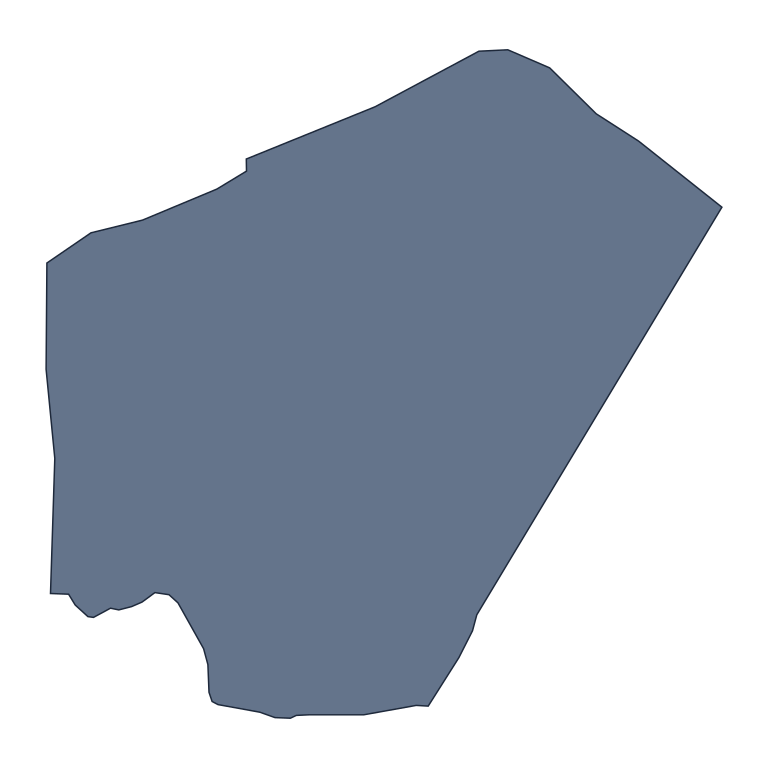 Ali Sabeh, Ali Sabieh, Djibouti (orthographic projection)
{"feature_id": "41766387B65421474667097", "entity_name": "Ali Sabeh", "entity_type": "district", "adm_level": 2, "iso_a3": "DJI", "parent_name": "Djibouti", "parent_adm1": "Ali Sabieh", "projection": "orthographic", "projection_center": [42.832, 11.234], "detail": "fine", "context": "isolated", "style": "filled", "palette": "slate", "viewbox_px": 768, "rotation_deg": 0, "n_neighbors": 0, "source": "geoboundaries", "source_scale": "gbopen_adm2", "svg_char_len": 672}
<svg xmlns="http://www.w3.org/2000/svg" viewBox="0 0 768 768"><path d="M246.3,159.0L246.5,171.1L216.8,189.1L142.5,220.1L91.0,232.8L46.9,263.0L46.1,369.3L54.8,458.4L50.5,593.5L68.6,594.2L75.2,605.0L87.9,616.6L93.5,617.4L110.5,608.2L118.8,609.9L131.6,606.6L142.0,602.1L154.9,592.6L169.0,594.7L178.0,602.9L178.5,603.8L203.6,648.7L207.9,664.6L209.0,692.3L212.1,701.5L218.0,704.6L259.8,712.2L267.7,715.0L275.0,717.6L290.4,718.2L296.3,715.4L309.0,714.8L363.7,714.8L416.2,705.4L428.2,706.1L458.9,657.6L472.5,630.8L476.8,614.8L721.9,207.2L638.6,141.1L596.2,113.8L549.7,67.9L507.8,49.8L478.9,51.2L375.0,106.8L246.3,159.0Z" fill="#64748b" stroke="#1e293b" stroke-width="1.5"/></svg>